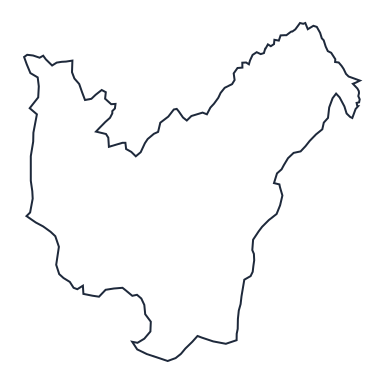 Kritou Tera, Paphos, Cyprus (orthographic projection)
{"feature_id": "46923920B75196261408005", "entity_name": "Kritou Tera", "entity_type": "district", "adm_level": 2, "iso_a3": "CYP", "parent_name": "Cyprus", "parent_adm1": "Paphos", "projection": "orthographic", "projection_center": [32.434, 34.957], "detail": "fine", "context": "isolated", "style": "outline", "palette": "slate", "viewbox_px": 384, "rotation_deg": 0, "n_neighbors": 0, "source": "geoboundaries", "source_scale": "gbopen_adm2", "svg_char_len": 2676}
<svg xmlns="http://www.w3.org/2000/svg" viewBox="0 0 384 384"><path d="M298.7,24.8L297.6,26.3L295.3,29.4L292.4,31.5L291.4,31.5L289.8,32.6L286.4,35.2L284.5,35.2L280.6,35.4L278.8,40.6L274.4,39.8L274.0,44.1L270.8,46.2L267.9,44.4L265.5,48.7L265.2,48.7L263.9,53.1L260.7,54.1L256.7,52.2L252.6,54.9L250.0,60.5L248.9,64.3L246.1,62.5L242.3,62.7L242.4,67.6L237.5,68.0L233.7,73.4L234.6,80.0L232.1,84.1L224.7,87.8L220.6,92.9L218.3,97.8L214.0,103.7L210.4,107.6L206.9,114.3L202.6,112.6L195.7,114.7L191.4,116.0L186.8,120.5L183.0,117.5L178.7,111.3L176.7,108.9L173.8,109.5L168.3,116.6L160.3,122.7L158.1,131.9L153.9,133.8L147.7,139.0L144.9,143.2L140.7,152.2L135.8,156.3L131.3,151.9L126.1,149.0L125.4,142.8L122.5,142.8L108.9,146.8L108.3,137.7L106.0,134.0L96.0,131.6L99.8,127.6L105.3,122.0L110.0,117.8L112.3,113.4L112.3,111.1L114.9,108.5L115.5,103.9L111.2,104.2L105.1,98.7L105.8,92.2L101.7,90.0L95.6,94.8L91.4,98.8L85.0,100.0L82.1,92.3L79.2,84.0L74.4,78.5L72.0,72.2L72.4,60.6L65.9,61.6L61.9,61.8L56.7,62.6L52.1,65.5L45.8,59.3L43.2,55.7L39.6,57.7L33.1,55.5L27.2,54.8L24.1,57.0L26.7,64.2L30.4,73.1L37.7,77.4L38.8,86.3L38.2,97.4L29.7,108.2L36.9,114.3L33.4,132.7L33.2,141.6L30.8,156.1L30.8,168.5L30.8,180.8L32.3,191.3L32.7,198.6L30.1,212.5L26.5,216.1L35.8,222.5L43.1,226.4L50.6,231.8L55.3,236.2L58.9,246.8L56.2,264.8L59.2,274.1L63.5,278.0L69.8,281.9L73.6,287.8L77.3,289.2L82.9,285.7L83.4,293.9L92.4,295.7L99.0,296.7L105.6,289.8L113.9,288.5L122.5,287.8L124.8,289.6L132.3,295.8L137.0,294.8L141.3,298.5L144.3,304.9L145.2,314.2L150.8,321.7L150.4,331.5L144.3,338.7L137.5,342.8L132.2,341.8L137.2,349.4L146.9,354.1L160.6,358.6L167.6,361.0L175.6,358.1L181.0,353.8L185.4,348.5L192.3,341.8L197.5,336.0L201.8,337.6L213.2,341.4L225.9,343.8L227.3,343.3L236.6,340.2L236.7,333.8L237.7,328.9L237.9,319.0L238.8,310.5L240.6,304.1L241.5,296.3L244.3,279.7L250.6,276.1L252.7,271.8L253.4,265.8L254.2,260.3L253.9,253.9L252.3,250.1L253.1,239.7L258.7,231.3L262.1,226.8L268.9,220.0L276.6,214.0L280.1,205.3L282.4,195.5L280.9,190.4L279.9,186.9L279.4,184.4L274.0,183.1L277.0,173.4L281.6,169.3L283.8,165.2L288.0,158.2L293.6,152.9L300.6,151.4L305.5,146.2L309.7,140.9L316.0,134.4L322.3,129.3L323.8,122.6L328.0,117.9L329.2,107.4L332.6,98.2L336.1,93.6L339.6,97.4L344.4,106.4L346.6,113.5L350.1,116.9L352.3,118.0L355.6,109.0L358.2,106.1L357.3,106.0L356.6,102.9L359.1,102.3L359.7,99.3L358.3,96.1L359.0,93.1L358.8,91.1L357.4,88.5L352.9,83.8L355.9,82.6L359.9,80.6L348.6,76.5L346.0,73.9L343.6,68.9L341.6,65.9L338.7,62.5L335.1,62.0L335.3,59.2L331.2,52.8L327.8,51.1L325.7,46.6L323.7,40.3L321.8,38.3L320.1,32.8L316.8,26.9L313.4,25.8L307.8,29.2L305.3,23.0L303.2,23.8L300.0,23.0L298.7,24.8Z" fill="none" stroke="#1e293b" stroke-width="2"/></svg>